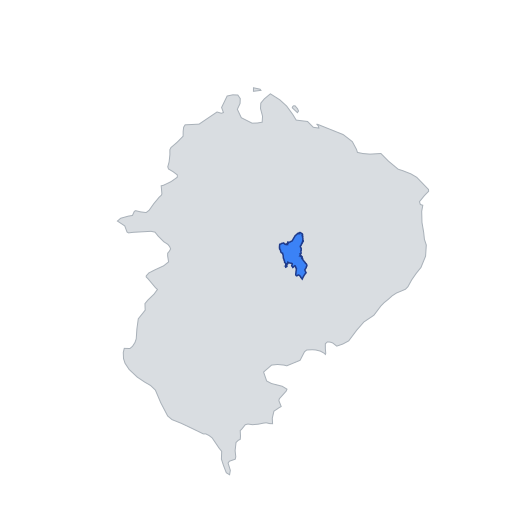 Stoung, Kâmpóng Thum, Cambodia (highlighted), rotated 138°
{"feature_id": "14789045B61102121423301", "entity_name": "Stoung", "entity_type": "district", "adm_level": 2, "iso_a3": "KHM", "parent_name": "Cambodia", "parent_adm1": "Kâmpóng Thum", "projection": "orthographic", "projection_center": [104.491, 12.979], "detail": "fine", "context": "in_parent", "style": "filled", "palette": "blue", "viewbox_px": 512, "rotation_deg": 138, "n_neighbors": 0, "source": "geoboundaries", "source_scale": "gbopen_adm2", "svg_char_len": 7303}
<svg xmlns="http://www.w3.org/2000/svg" viewBox="0 0 512 512"><g transform="rotate(138 256 256)"><path d="M422.0,111.1L423.1,114.8L420.4,121.9L417.6,128.2L412.2,133.8L412.0,137.9L410.3,150.1L411.0,154.0L412.3,157.3L414.2,159.1L419.0,170.9L423.5,181.7L427.9,190.6L428.7,196.2L425.0,210.6L420.5,223.7L421.0,230.3L423.1,236.8L425.3,245.5L426.2,256.6L425.1,263.9L423.1,268.4L419.2,273.1L415.7,275.5L411.6,271.6L408.2,271.5L403.8,272.7L400.4,274.6L393.3,281.5L385.5,288.1L374.6,289.9L370.4,294.9L365.9,295.6L357.2,295.9L351.6,297.1L351.9,299.6L351.5,311.2L351.6,314.0L350.8,314.7L346.9,315.1L340.2,313.3L331.2,310.5L324.9,310.1L321.6,315.2L319.7,317.2L317.3,317.5L314.7,318.4L313.9,320.7L313.7,323.5L315.0,328.4L315.4,336.1L315.1,341.3L317.5,344.6L331.3,355.7L335.3,358.5L335.8,360.1L333.4,366.2L335.6,374.7L331.3,374.6L324.1,371.0L320.7,368.8L316.5,370.6L315.1,370.2L312.3,366.1L308.6,361.8L304.8,361.5L296.8,363.3L288.6,364.5L285.5,364.5L284.3,365.2L279.5,371.6L277.5,370.5L269.3,368.1L261.8,367.2L260.2,368.9L261.2,374.1L262.8,379.2L261.9,381.3L257.7,384.0L252.3,388.8L248.9,392.6L246.6,393.5L238.3,393.3L230.0,393.8L226.7,397.4L223.6,400.1L220.9,400.9L210.1,392.1L188.6,389.1L186.2,385.2L184.2,384.4L182.2,389.4L170.4,394.2L165.4,391.3L161.8,387.8L162.4,383.5L165.8,380.0L171.7,377.5L174.4,368.6L170.0,357.3L166.1,354.0L161.9,351.3L157.6,355.5L153.9,362.7L150.1,366.4L144.7,367.2L136.8,366.9L133.8,356.1L132.9,346.9L134.0,336.4L135.2,330.1L127.7,321.5L127.3,313.3L123.7,309.0L122.6,311.2L122.7,313.5L121.7,311.8L109.9,287.7L107.9,276.5L110.0,268.0L111.3,265.1L107.9,260.5L103.1,255.4L94.6,248.6L94.1,237.9L92.3,225.4L89.8,221.1L85.9,213.3L83.9,206.9L83.3,190.0L84.4,188.6L90.4,188.2L98.2,187.0L99.4,184.3L98.1,182.1L103.0,178.3L110.2,169.9L115.7,161.2L119.7,155.7L122.1,150.2L130.1,142.4L141.1,137.1L148.5,135.9L156.2,134.1L163.7,131.5L167.2,131.3L176.4,134.5L181.4,135.3L186.6,135.3L192.0,135.6L196.7,135.3L208.0,133.1L220.0,134.8L230.7,133.5L243.9,130.9L250.4,132.5L256.3,135.0L257.2,140.2L258.6,142.5L260.5,144.4L263.2,144.4L266.5,140.7L269.3,137.0L270.3,136.4L270.4,138.2L271.8,142.2L274.4,146.1L276.9,148.7L281.2,152.2L284.0,152.4L293.0,149.0L306.6,153.8L308.2,156.2L312.6,161.0L317.4,164.5L328.0,164.7L331.7,156.0L329.8,150.8L323.7,141.7L322.1,136.3L324.0,135.4L334.2,134.3L335.8,133.2L338.0,127.3L340.8,127.9L346.5,128.7L352.4,124.6L355.9,120.3L357.9,122.2L360.0,125.2L362.4,126.9L366.7,129.4L371.5,133.0L374.4,136.5L376.8,137.8L382.9,136.8L384.5,136.9L388.0,132.6L390.4,130.3L392.5,130.9L395.6,130.8L401.8,125.3L405.4,120.3L407.4,118.9L413.1,121.3L415.3,120.8L418.5,113.9L422.0,111.1ZM129.9,341.9L128.7,342.5L127.6,342.5L126.5,341.5L126.6,337.6L127.4,335.3L129.3,334.8L129.9,341.9ZM147.7,380.1L145.3,382.7L141.4,377.3L141.5,375.8L147.7,380.1Z" fill="#d9dde1" stroke="#a8b0b8" stroke-width="1"/><path d="M241.4,227.8L241.1,227.7L240.4,227.7L240.2,227.8L240.0,228.0L240.2,228.3L240.0,228.2L239.9,228.1L239.8,227.9L239.6,228.2L239.7,228.3L239.4,228.4L239.3,228.6L239.4,228.8L239.2,228.8L238.9,228.9L238.9,229.0L239.0,229.1L238.9,229.2L238.9,229.3L238.5,229.1L238.4,229.3L238.3,229.5L237.9,229.5L237.7,229.4L237.6,229.2L237.3,229.2L237.2,229.3L237.1,229.5L236.9,229.7L236.9,229.3L236.7,229.4L236.7,229.5L236.4,229.9L236.2,229.5L236.1,229.1L235.7,228.3L235.5,228.0L234.6,227.0L234.5,226.7L234.2,226.1L234.3,225.9L234.4,225.7L234.8,225.5L235.6,225.2L235.8,225.1L236.0,224.9L236.1,224.6L236.1,224.3L236.0,223.9L236.1,223.6L236.1,223.4L236.4,222.9L236.2,222.8L233.9,222.9L233.6,222.8L233.5,222.5L233.8,221.4L234.1,220.9L234.3,220.8L234.2,220.6L234.3,220.5L234.3,220.1L234.4,219.9L234.3,219.7L234.5,219.5L234.8,219.2L235.0,219.1L235.2,218.9L235.3,218.8L235.5,218.5L236.0,218.2L236.5,217.8L237.9,216.5L238.2,216.3L238.9,215.6L239.1,215.4L239.1,215.2L239.2,214.8L239.2,214.4L239.1,214.1L238.9,213.9L237.7,213.7L237.3,213.6L237.2,213.5L237.1,213.4L236.9,213.1L236.7,212.1L236.7,211.4L236.7,211.2L236.8,210.6L237.0,210.2L237.0,208.7L237.1,207.9L236.8,208.0L236.6,208.2L235.8,208.5L233.3,209.4L232.0,209.7L230.6,210.0L230.0,210.0L229.9,210.5L229.5,211.7L229.3,212.4L229.0,213.0L228.8,213.1L228.6,213.2L228.2,213.3L227.8,213.4L227.6,213.4L227.1,213.6L226.4,213.8L226.2,214.0L225.5,214.5L225.0,214.5L224.7,214.7L224.5,214.9L224.4,215.1L224.0,216.0L223.9,216.5L223.9,216.8L224.1,217.4L224.0,218.0L223.9,218.1L223.8,218.3L223.9,219.4L223.8,220.2L223.8,220.7L223.8,221.0L223.5,222.6L223.5,222.8L223.6,223.2L223.5,223.7L223.4,223.7L223.1,223.5L223.1,223.8L222.8,224.0L222.7,224.1L222.8,224.1L222.7,224.1L222.7,224.3L222.6,224.5L222.7,224.9L222.7,225.0L222.6,225.3L222.7,225.5L222.8,225.6L222.9,225.8L223.0,225.7L223.2,225.9L223.1,226.0L223.1,226.3L222.9,226.5L223.0,226.6L222.9,226.6L223.0,226.7L223.0,226.8L222.8,226.9L222.7,226.7L222.6,226.8L222.5,226.7L222.5,226.8L222.3,226.8L222.3,227.0L222.2,227.1L222.2,227.3L222.1,227.6L221.9,227.7L221.8,227.9L221.7,227.9L221.7,228.0L221.5,227.9L221.0,227.8L220.7,227.8L220.3,228.3L219.9,228.9L219.5,229.5L219.3,229.7L219.0,230.0L218.7,229.9L218.3,230.4L218.0,230.6L217.9,230.8L217.8,231.0L217.7,231.2L217.3,231.4L217.3,231.6L217.2,231.8L217.1,232.0L217.2,232.3L216.8,233.4L216.6,233.5L216.3,233.6L216.0,233.9L215.9,233.9L215.6,233.8L215.2,233.8L214.9,234.0L214.4,234.4L214.2,234.3L213.9,234.6L213.6,234.7L213.4,234.7L213.2,234.6L212.9,235.0L212.6,235.0L212.4,235.2L212.1,235.1L211.9,235.1L211.7,235.3L211.5,235.2L211.4,235.2L211.4,235.3L211.3,235.5L211.4,235.8L211.1,236.0L210.8,235.9L210.7,235.8L210.5,236.0L210.6,236.4L210.6,236.5L210.2,236.9L209.7,237.3L209.2,238.0L209.0,238.5L208.8,238.7L208.5,239.1L208.4,239.2L208.3,239.3L208.2,239.3L208.2,239.5L208.2,239.8L207.9,239.9L207.9,240.0L208.0,240.3L207.8,240.5L207.5,240.3L207.4,240.4L207.4,240.6L207.1,240.7L206.9,241.0L206.8,241.4L206.9,242.0L207.1,242.3L207.2,243.2L207.3,243.5L207.5,243.7L207.6,244.1L209.1,244.5L209.4,244.7L209.5,244.7L209.4,244.1L209.5,244.2L209.6,244.5L209.9,244.5L210.0,244.6L209.9,244.6L209.7,244.8L209.9,244.9L211.5,244.8L212.1,244.8L212.7,244.9L213.3,244.9L213.9,244.7L214.4,244.5L215.5,244.2L215.8,244.1L217.3,243.6L217.9,243.4L218.9,243.1L219.5,243.1L219.8,243.2L220.1,243.4L220.4,243.5L220.7,243.5L221.0,243.5L221.5,243.7L221.6,243.8L222.0,244.0L222.4,244.2L222.5,244.4L223.1,245.1L223.4,244.9L223.8,244.5L223.9,244.1L224.0,244.1L224.3,244.0L224.5,244.0L224.5,243.9L224.4,243.8L224.6,243.8L224.7,243.7L224.7,243.8L224.8,243.9L224.9,244.0L224.8,244.3L225.1,244.5L225.2,244.3L225.3,244.3L225.5,244.1L225.8,244.1L226.0,244.3L226.0,244.7L226.3,244.9L226.4,245.3L226.6,245.4L226.7,245.6L226.7,245.9L226.7,246.2L226.7,246.4L226.8,246.7L226.9,246.9L226.7,247.1L226.8,247.3L227.2,247.4L227.5,247.5L228.2,248.1L229.0,248.2L229.3,248.3L229.8,248.4L230.3,248.8L230.6,248.7L231.1,248.4L231.4,248.0L231.8,247.7L232.0,247.4L232.6,247.0L233.0,246.4L233.0,246.2L233.4,245.9L233.7,245.6L233.8,245.2L233.6,245.0L233.6,244.9L233.9,244.4L233.9,244.0L234.0,243.8L234.1,243.6L234.6,242.9L234.7,242.7L235.0,241.8L234.9,241.6L234.8,241.3L234.7,240.6L234.4,240.3L235.0,239.2L235.1,238.9L235.2,238.7L235.5,238.1L235.9,237.7L236.2,237.2L236.9,236.4L237.3,235.6L237.4,235.2L237.6,234.5L237.8,234.2L238.0,234.0L238.1,233.8L238.1,233.5L238.2,233.1L238.5,232.7L238.9,232.3L239.0,232.1L238.9,230.5L240.1,229.2L241.0,228.5L241.2,228.3L241.3,228.0L241.4,227.8Z" fill="#3b82f6" stroke="#1e3a8a" stroke-width="1.5"/></g></svg>